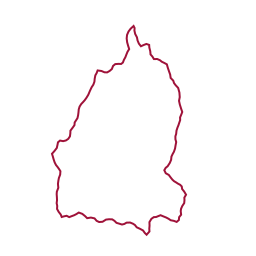 the district of São Francisco de Paula, Minas Gerais, Brazil, rotated 11°
{"feature_id": "56859067B89224130991777", "entity_name": "São Francisco de Paula", "entity_type": "district", "adm_level": 2, "iso_a3": "BRA", "parent_name": "Brazil", "parent_adm1": "Minas Gerais", "projection": "mercator", "projection_center": [-44.994, -20.695], "detail": "fine", "context": "isolated", "style": "outline", "palette": "rose", "viewbox_px": 256, "rotation_deg": 11, "n_neighbors": 0, "source": "geoboundaries", "source_scale": "gbopen_adm2", "svg_char_len": 2457}
<svg xmlns="http://www.w3.org/2000/svg" viewBox="0 0 256 256"><g transform="rotate(11 128 128)"><path d="M58.3,167.8L59.6,170.2L61.0,173.0L62.6,175.8L64.4,178.1L66.3,179.7L68.0,181.3L69.9,183.3L70.3,186.7L69.7,190.3L69.7,193.0L69.9,196.2L71.0,200.0L70.3,204.1L70.6,206.5L71.4,209.5L72.1,212.4L72.3,215.4L73.4,218.0L73.8,221.0L75.9,223.5L78.5,225.8L79.9,228.0L82.1,226.9L84.5,225.9L87.3,226.7L89.5,225.3L91.8,223.9L93.7,222.4L95.8,220.4L99.5,221.0L102.7,222.7L105.1,224.3L108.7,223.0L112.4,223.1L114.9,225.1L117.6,225.8L120.9,224.9L123.9,222.1L126.8,221.2L130.0,220.7L132.4,221.7L134.8,223.3L137.9,223.6L140.5,223.9L142.7,222.9L144.6,221.2L148.1,220.4L151.1,221.0L153.3,221.9L155.5,223.8L159.1,224.7L162.3,225.7L164.5,227.8L166.6,229.2L168.8,225.5L168.1,222.7L167.8,219.8L167.0,216.3L168.3,212.7L170.3,210.6L172.6,210.0L174.7,208.6L176.6,207.4L179.0,207.9L182.6,208.6L185.2,209.4L187.5,210.4L190.7,210.4L193.7,210.9L195.5,208.6L195.2,205.8L196.7,203.0L195.6,199.5L195.5,197.1L196.2,194.1L197.5,191.0L197.2,188.0L196.6,185.6L197.7,182.4L195.3,179.7L192.8,177.6L191.9,175.1L190.0,173.8L187.7,173.1L185.5,172.2L183.3,171.4L181.4,170.2L179.4,168.5L177.0,166.3L173.7,165.2L171.7,162.5L172.6,159.9L174.2,158.0L175.7,154.3L176.4,151.0L176.1,147.8L176.8,145.0L177.6,142.6L178.1,139.2L178.0,135.9L178.0,132.6L176.7,130.0L176.1,127.1L176.4,124.6L176.1,121.3L176.5,118.1L177.0,115.6L177.3,113.1L177.7,110.3L177.1,107.7L177.7,104.8L178.2,101.9L176.4,98.8L174.4,95.1L172.9,91.6L172.9,87.8L171.7,83.4L169.6,79.1L166.6,76.9L164.6,75.1L163.4,72.9L160.3,70.7L159.2,67.5L157.6,64.8L155.6,61.3L154.0,58.1L151.2,57.2L148.5,56.5L146.5,55.4L143.5,54.7L140.3,55.4L138.3,53.2L136.1,51.5L135.2,48.4L133.6,45.0L132.9,42.4L130.0,42.0L127.6,43.5L125.1,45.3L122.6,43.1L120.7,40.3L119.5,37.3L117.1,34.3L115.7,31.1L115.4,28.6L114.0,26.8L111.6,30.1L110.1,33.2L109.3,36.8L109.6,40.3L110.8,44.0L112.4,47.2L114.1,50.3L113.0,53.2L112.4,56.2L111.9,59.1L111.0,61.8L110.5,64.7L109.1,66.4L106.3,66.9L103.3,67.7L101.5,69.9L100.9,73.2L99.1,75.5L96.9,77.4L94.3,77.8L91.1,77.1L87.2,77.3L86.7,80.2L85.9,82.5L85.9,85.9L86.2,89.0L85.7,92.1L84.5,95.0L83.5,99.0L82.7,102.9L81.4,106.4L80.2,109.0L78.9,111.2L77.5,113.4L76.4,116.2L76.1,119.1L76.4,122.1L76.6,125.1L76.5,128.0L75.5,130.5L74.6,132.7L74.9,135.4L73.5,138.5L72.0,141.6L72.4,144.2L72.6,147.3L71.4,150.1L69.4,152.1L66.8,153.3L63.7,153.3L62.0,155.4L62.0,157.9L61.9,161.2L60.1,164.8L58.3,167.8Z" fill="none" stroke="#9f1239" stroke-width="2"/></g></svg>